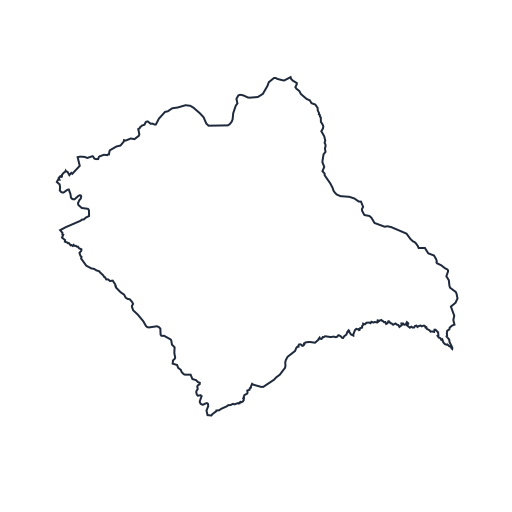 Mae Rim, Chiang Mai, Thailand, rotated 154°
{"feature_id": "78962969B91444782882973", "entity_name": "Mae Rim", "entity_type": "district", "adm_level": 2, "iso_a3": "THA", "parent_name": "Thailand", "parent_adm1": "Chiang Mai", "projection": "albers", "projection_center": [98.889, 18.954], "detail": "fine", "context": "isolated", "style": "outline", "palette": "slate", "viewbox_px": 512, "rotation_deg": 154, "n_neighbors": 0, "source": "geoboundaries", "source_scale": "gbopen_adm2", "svg_char_len": 6134}
<svg xmlns="http://www.w3.org/2000/svg" viewBox="0 0 512 512"><g transform="rotate(154 256 256)"><path d="M247.2,416.7L249.2,419.8L253.2,422.4L261.3,423.8L266.6,425.5L271.8,424.7L274.6,425.4L283.1,422.0L288.3,418.1L289.5,418.6L291.2,420.5L292.7,421.0L294.3,424.4L295.8,424.8L296.7,424.5L298.6,422.9L301.2,423.2L303.9,422.5L304.6,421.8L306.2,421.7L307.5,416.5L308.7,415.4L314.0,414.3L317.0,416.5L322.7,416.9L323.8,418.0L324.7,416.8L329.4,414.7L333.4,415.6L340.7,415.1L341.7,414.5L343.6,411.8L344.3,412.2L345.4,411.8L348.2,413.6L352.9,414.1L353.8,413.9L355.4,412.3L357.6,413.4L358.6,414.5L358.8,416.9L359.3,417.4L364.7,418.1L366.6,420.2L370.5,422.4L373.0,423.0L374.9,414.3L385.1,410.4L385.6,411.7L388.3,410.5L388.5,414.2L389.7,415.6L389.7,416.1L390.7,415.3L392.4,415.1L394.8,414.0L395.7,412.4L396.5,412.5L396.9,413.5L399.0,412.7L399.2,410.8L400.3,411.5L402.6,409.8L401.1,406.5L401.9,403.7L403.6,401.0L403.2,399.2L402.4,398.1L401.2,397.4L396.4,398.2L395.1,397.8L395.6,393.1L396.7,389.6L396.1,387.6L394.3,386.5L389.2,387.9L387.6,387.8L386.9,387.1L387.0,386.1L388.3,384.5L390.3,383.6L392.8,381.6L393.3,379.8L391.6,375.6L386.3,372.0L386.1,370.4L388.5,365.1L392.2,365.1L394.7,364.3L396.4,365.0L398.4,364.6L414.2,365.3L420.7,365.1L419.8,361.6L420.6,360.2L420.0,359.5L422.3,357.6L420.6,353.9L421.5,352.7L419.6,350.7L419.5,350.0L418.5,349.6L418.0,346.9L417.1,346.8L416.4,345.4L415.1,345.9L415.1,345.0L413.5,344.1L413.0,343.0L411.9,342.4L411.7,340.5L410.0,338.6L410.7,337.3L413.3,336.2L413.7,333.1L413.2,331.7L414.3,330.4L412.8,321.7L409.5,317.1L407.1,315.3L405.8,313.1L403.5,310.9L403.5,310.0L401.8,305.6L401.6,303.6L401.0,303.0L400.9,300.6L399.2,299.8L398.2,297.5L395.6,296.7L395.0,292.3L395.5,290.7L395.1,290.2L395.7,289.2L393.6,282.8L391.5,279.1L391.4,275.8L390.3,273.8L388.4,272.4L387.5,268.8L387.5,266.8L389.3,265.6L389.8,264.7L390.2,261.0L388.0,255.3L385.9,246.7L385.6,241.4L384.9,239.7L383.5,238.7L375.9,236.3L374.5,234.7L373.8,232.7L376.2,227.2L376.1,226.0L375.5,225.4L373.6,224.6L369.3,218.4L369.2,217.1L370.4,213.2L369.2,209.6L371.9,204.7L373.2,200.1L374.0,199.3L376.4,198.5L378.1,195.8L374.7,192.6L375.0,189.6L373.5,186.6L373.7,184.2L372.7,181.4L371.9,180.5L366.8,178.0L367.1,173.3L364.3,170.7L363.5,168.2L362.1,166.7L362.8,165.5L365.0,165.2L365.9,164.6L366.7,162.0L368.8,160.7L369.5,159.6L369.9,157.3L369.5,155.9L366.9,155.2L366.3,153.9L370.1,150.2L370.6,149.2L370.5,147.3L369.1,145.6L365.2,145.5L364.3,145.0L364.0,144.1L364.7,142.1L368.3,138.7L369.3,134.2L366.0,132.2L364.5,133.0L359.8,133.9L359.4,134.5L356.8,133.5L354.0,133.9L348.2,133.7L346.3,134.1L344.3,133.2L341.5,133.2L340.4,132.1L336.8,131.7L336.5,131.1L335.4,130.8L335.0,131.5L333.9,131.7L333.5,131.0L331.6,131.0L330.0,132.0L329.9,133.6L329.0,133.6L328.8,134.7L327.3,136.1L324.3,136.2L323.5,136.9L322.8,138.9L320.4,138.6L319.5,139.9L318.3,139.9L317.8,140.9L315.5,142.8L314.9,141.6L308.9,136.2L306.8,135.2L294.0,136.9L291.2,138.0L286.6,138.9L278.9,142.8L277.6,144.5L276.4,147.5L274.7,149.5L271.7,151.6L262.6,153.5L260.1,155.7L258.6,156.3L257.6,155.8L257.0,157.0L256.1,157.6L254.7,157.1L254.0,156.0L254.1,155.4L253.3,154.7L251.8,155.1L251.3,156.1L250.9,155.8L250.4,156.4L249.2,156.6L245.4,155.2L241.0,152.2L236.5,153.4L236.3,153.9L234.7,154.7L234.8,153.7L233.5,152.7L231.5,153.9L230.9,153.3L229.1,153.6L224.4,150.4L221.5,149.5L219.8,148.0L218.1,147.9L217.2,148.6L216.3,148.5L215.1,146.8L214.4,144.6L213.7,144.1L211.7,145.3L209.3,145.7L207.1,147.8L205.3,148.6L205.1,147.8L205.8,147.5L205.8,147.0L205.3,146.0L205.0,143.8L203.4,141.8L202.7,143.1L199.4,146.1L197.7,146.5L197.2,145.8L195.5,145.2L195.8,144.2L195.4,144.1L194.1,145.5L192.0,145.1L191.4,146.5L189.6,147.2L189.3,148.1L188.0,146.9L186.0,147.6L183.5,146.6L182.5,145.4L181.1,146.3L179.6,144.7L178.1,144.6L176.2,143.1L174.2,143.5L174.4,144.0L175.3,144.3L174.9,144.8L173.5,143.8L171.3,143.5L171.2,142.6L170.4,141.8L169.9,140.3L168.7,139.9L168.8,137.9L167.3,137.9L165.6,139.3L165.1,139.0L164.5,136.5L163.7,136.0L162.9,134.1L160.2,134.2L159.2,132.2L158.3,131.5L158.2,129.4L155.3,130.0L154.9,131.6L153.4,130.9L153.3,129.7L152.6,129.1L151.0,129.1L149.4,130.4L148.7,128.8L148.9,128.3L150.9,127.9L149.1,124.1L147.4,124.4L146.7,123.1L145.3,122.4L143.7,123.4L142.3,123.1L142.0,121.4L140.5,121.7L138.6,121.4L138.0,120.2L135.5,119.8L134.9,119.0L135.0,117.4L134.1,117.3L134.4,115.6L132.6,113.2L132.3,111.5L130.8,111.0L129.2,109.7L127.9,111.5L127.0,111.1L125.8,107.5L127.0,104.4L127.8,104.5L127.5,102.6L126.3,101.3L126.2,99.4L125.1,99.5L125.5,96.2L124.8,93.9L123.6,92.7L122.7,92.6L122.1,90.7L120.3,88.2L120.7,87.5L120.4,86.5L119.9,87.1L119.7,89.3L119.8,93.7L119.0,96.2L120.0,100.2L119.0,101.0L118.4,102.8L116.9,105.0L114.4,105.3L113.3,106.7L110.5,107.5L107.7,107.3L106.7,112.0L104.0,115.4L103.0,125.1L97.2,126.5L93.5,129.5L92.3,134.1L92.2,136.0L95.5,142.5L95.1,144.8L93.3,149.7L93.8,154.3L90.2,157.9L89.7,159.0L90.0,160.2L91.5,162.1L93.5,166.3L96.5,170.1L96.6,171.2L95.8,172.1L95.5,174.1L95.8,178.4L100.0,182.9L100.7,189.2L106.3,191.9L106.2,194.0L106.7,197.2L107.4,199.1L108.5,200.3L109.7,203.4L110.9,210.1L121.7,222.6L124.8,225.1L127.5,225.9L135.0,233.7L135.5,239.8L136.1,241.3L136.7,242.4L140.5,245.2L140.7,246.2L140.8,250.3L140.3,251.6L138.2,253.2L137.8,258.9L139.8,259.9L142.3,264.5L146.2,268.3L153.9,272.8L156.5,275.9L157.3,278.2L157.7,280.6L157.3,283.6L157.4,288.5L158.9,298.4L158.2,300.0L159.1,303.1L155.6,306.2L155.2,311.2L154.5,312.4L150.7,317.8L147.9,319.1L146.8,322.7L145.5,323.9L144.7,325.7L144.7,327.7L143.2,329.3L142.2,333.7L142.6,339.5L140.0,341.2L138.7,342.9L138.5,345.6L138.9,348.0L137.0,352.2L137.4,353.2L136.8,354.7L137.4,355.7L136.7,356.6L136.7,359.8L135.7,362.0L136.3,366.1L139.1,369.0L139.4,372.3L141.7,375.0L144.6,381.8L144.8,385.4L146.3,388.5L146.6,390.5L144.0,392.6L143.5,393.6L146.0,397.4L146.8,399.6L146.5,401.6L153.4,401.4L154.3,401.7L159.2,405.8L160.3,407.4L161.9,408.1L168.3,406.6L171.1,403.9L178.8,398.7L184.7,398.1L192.1,401.0L193.8,402.0L196.7,405.6L198.7,407.3L200.1,408.0L201.6,408.0L204.7,405.8L205.8,401.3L208.3,400.0L213.9,394.3L217.1,389.1L218.8,387.5L221.6,386.1L223.9,385.7L241.5,393.9L242.6,396.8L242.3,403.8L244.0,409.2L247.2,416.7Z" fill="none" stroke="#1e293b" stroke-width="2"/></g></svg>